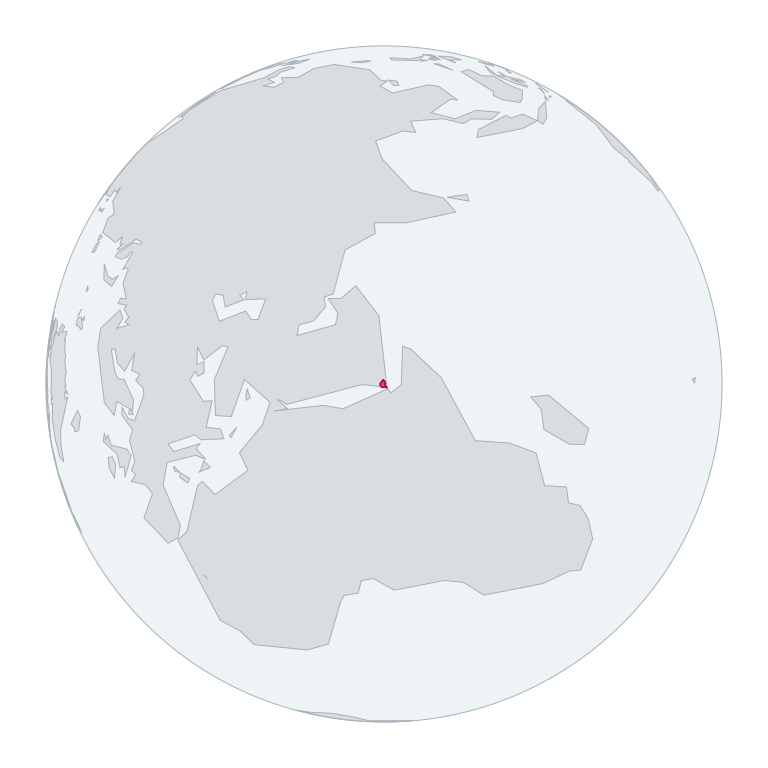 globe centered on Ta`izz, rotated 287°
{"feature_id": "YEM-158", "entity_name": "Ta`izz", "entity_type": "Governorate", "adm_level": 1, "iso_a3": "YEM", "parent_name": "Yemen", "parent_adm1": "", "projection": "orthographic", "projection_center": [43.878, 13.272], "detail": "fine", "context": "on_globe", "style": "filled", "palette": "rose", "viewbox_px": 768, "rotation_deg": 287, "n_neighbors": 0, "source": "natural_earth", "source_scale": "10m", "svg_char_len": 10252}
<svg xmlns="http://www.w3.org/2000/svg" viewBox="0 0 768 768"><g transform="rotate(287 384 384)"><circle cx="384" cy="384" r="338" fill="#eef3f6" stroke="#a8b0b8"/><path d="M293.5,58.4L294.2,58.2L283.4,61.4L279.4,62.7L293.5,58.4ZM242.0,77.3L234.0,81.2L224.3,86.2L242.0,77.3ZM223.3,86.8L218.4,89.4L225.4,86.1L203.7,98.6L184.8,112.6L179.5,116.4L174.2,119.2L176.9,117.0L199.5,100.9L223.3,86.8ZM160.2,130.8L160.8,130.3L155.6,135.0L155.4,135.2L160.2,130.8ZM46.3,394.9L48.4,408.8L53.7,429.9L56.4,450.0L57.6,468.1L70.8,510.9L62.6,488.5L56.1,465.6L51.1,442.2L47.9,418.6L46.3,394.9ZM326.0,51.1L324.9,51.3L323.7,51.5L326.0,51.1ZM319.2,52.3L320.2,52.2L322.6,51.8L316.9,53.0L314.8,53.2L319.2,52.3ZM297.7,58.3L300.8,57.1L306.0,55.9L297.7,58.3ZM324.0,51.6L326.0,51.2L328.3,50.8L328.7,50.9L324.0,51.6ZM356.4,47.2L356.1,47.3L345.4,48.3L349.7,47.9L341.1,48.8L345.0,48.3L356.4,47.2ZM336.4,50.0L322.6,52.3L315.7,54.3L310.9,55.2L322.9,51.9L336.4,50.0ZM339.9,49.1L336.6,49.8L332.3,50.3L331.9,50.2L339.9,49.1ZM364.6,46.6L359.4,47.1L362.5,46.8L364.6,46.6ZM335.2,50.4L338.5,49.9L335.2,50.5L335.2,50.4ZM352.9,47.8L354.0,47.6L356.4,47.4L352.9,47.8ZM344.3,49.4L339.9,50.0L339.4,49.7L344.3,49.4ZM348.9,48.6L352.0,48.4L341.9,49.3L349.0,48.4L348.9,48.6ZM355.0,47.7L356.8,47.5L354.2,47.9L355.0,47.7ZM348.5,50.4L335.9,51.6L334.9,50.9L347.3,49.7L348.5,50.4ZM529.7,79.1L528.3,78.5L532.9,80.7L543.6,86.3L545.6,87.3L556.0,96.2L579.1,114.5L580.6,112.5L589.2,117.8L616.8,142.1L642.2,180.3L653.8,191.8L659.6,200.3L660.5,206.5L652.2,194.1L646.5,190.7L641.7,183.5L640.4,190.9L633.4,180.9L635.9,192.5L643.2,199.9L646.8,196.3L652.0,212.0L665.3,224.9L675.0,242.9L680.3,278.7L673.4,292.3L674.7,298.6L667.7,293.2L664.8,307.1L683.0,339.0L684.7,349.2L677.0,371.7L675.7,364.2L657.2,349.7L658.4,374.7L672.6,392.0L677.6,414.9L668.7,409.8L663.0,389.8L656.4,384.1L654.9,362.5L643.1,332.6L633.9,340.8L631.5,328.1L613.9,305.0L598.8,316.2L577.1,353.9L579.3,386.6L569.5,402.4L544.7,358.2L535.4,327.6L525.3,331.6L500.8,307.5L455.2,309.1L449.7,301.3L440.9,305.5L423.7,298.2L415.7,285.5L404.9,286.7L426.5,320.3L438.2,319.3L449.4,305.6L453.1,317.9L469.8,328.2L447.8,359.2L381.7,387.7L377.1,363.3L336.1,296.9L338.3,289.6L338.2,288.7L337.8,287.2L332.2,299.1L325.8,286.2L345.8,332.2L348.3,352.1L380.8,389.2L377.3,393.0L388.3,400.7L425.6,390.8L425.4,398.9L406.7,437.0L356.5,487.9L364.3,521.5L362.5,549.6L333.8,567.4L338.8,588.5L324.3,595.3L325.1,606.9L314.9,618.6L296.9,628.8L263.6,626.5L259.5,616.2L239.7,594.4L211.3,541.2L217.5,518.1L213.7,499.0L189.8,453.9L194.9,430.5L189.0,419.7L176.6,420.5L170.1,407.5L162.8,406.2L119.0,406.8L107.2,388.2L96.8,336.2L105.8,318.6L110.1,296.5L174.5,232.4L185.1,238.6L232.4,235.4L237.7,238.7L228.8,254.8L261.6,279.1L276.1,265.9L309.1,279.6L333.2,280.3L347.6,249.3L308.2,247.4L304.6,232.0L338.8,220.5L373.7,223.9L373.5,218.2L354.2,204.6L365.0,194.9L347.8,199.3L352.7,205.3L342.1,208.7L336.9,203.6L341.0,200.0L331.2,197.0L314.6,216.3L317.7,224.5L290.5,226.6L293.2,240.9L284.8,246.9L277.2,225.4L280.1,217.9L263.5,195.0L257.9,202.8L273.2,225.4L267.2,223.3L259.9,235.7L260.7,224.6L245.5,199.5L222.8,202.3L189.0,230.8L176.7,231.9L168.7,224.2L186.0,193.5L211.4,194.7L217.9,185.4L217.0,170.9L224.8,173.1L227.5,167.8L237.5,168.2L255.8,157.1L266.6,156.9L277.9,142.2L285.0,140.5L276.3,149.4L276.0,156.2L303.4,157.6L309.8,154.8L314.9,145.5L321.8,147.8L323.3,138.7L341.0,136.6L320.6,132.2L326.1,122.8L338.9,116.6L337.1,113.2L316.1,123.5L311.0,128.6L312.5,134.0L295.5,149.2L285.3,151.2L289.2,133.6L275.1,135.1L284.3,122.1L335.3,99.6L354.5,96.8L377.6,109.9L370.8,115.0L359.1,112.3L366.2,122.7L367.4,118.0L373.1,120.4L379.8,113.4L384.2,114.8L383.1,106.2L389.2,107.2L389.8,112.7L404.8,104.8L418.6,106.0L419.9,103.7L417.4,100.8L436.6,105.2L436.7,103.3L430.4,101.1L426.6,96.2L427.3,89.7L433.9,91.6L434.5,94.1L445.8,103.0L446.5,110.5L449.2,110.7L450.2,104.7L436.5,93.7L435.0,89.4L442.6,93.9L439.7,91.9L441.1,90.4L448.6,90.9L440.8,85.9L446.6,70.8L461.8,71.5L467.8,76.3L478.9,71.2L495.1,74.6L489.3,72.2L490.7,69.6L485.7,68.3L483.0,67.1L484.3,62.5L489.7,63.7L483.7,61.1L480.7,60.2L476.4,59.0L473.7,58.2L502.1,67.4L529.7,79.1ZM149.0,266.7L146.4,273.1L149.0,266.7ZM408.8,244.6L430.9,246.0L424.1,226.7L432.1,226.0L426.8,220.1L423.5,225.4L411.2,209.5L421.9,204.3L420.8,196.4L413.3,195.7L395.8,208.2L413.3,230.3L406.8,238.1L408.8,244.6ZM162.2,130.8L153.8,138.4L159.1,133.2L156.1,135.4L163.5,128.0L177.3,118.0L169.7,123.5L162.2,130.8ZM171.4,121.3L171.0,121.7L171.3,121.4L171.4,121.3ZM232.9,141.8L234.9,145.3L229.0,150.8L215.3,153.7L223.7,145.5L232.9,141.8ZM239.1,149.2L246.8,132.4L255.6,130.8L249.4,134.3L254.4,134.9L245.7,141.0L246.6,157.0L241.4,163.2L219.0,163.6L229.2,159.7L226.6,156.1L239.1,149.2ZM251.0,101.2L254.4,96.3L269.0,98.7L264.1,103.2L250.2,105.6L247.8,102.0L251.0,101.2ZM270.7,65.8L271.1,65.5L273.7,64.7L275.5,64.2L270.7,65.8ZM260.8,69.4L259.9,69.8L267.3,67.2L271.7,65.7L287.7,60.3L299.2,56.9L303.1,55.9L309.9,54.3L313.2,53.8L311.5,54.3L305.9,55.4L307.7,55.4L298.4,57.5L298.7,57.8L271.8,66.8L270.8,66.7L256.2,73.3L248.0,75.9L257.8,71.3L240.5,78.9L246.1,75.8L234.6,81.3L257.2,70.8L258.6,70.2L260.8,69.4ZM345.3,61.9L339.5,60.7L341.5,65.5L332.2,65.7L333.0,66.3L325.0,68.2L316.6,71.7L312.9,71.4L311.2,73.0L305.8,74.6L302.3,76.8L294.4,77.5L289.4,80.5L288.5,79.2L282.1,84.3L283.3,80.9L276.4,83.4L278.9,85.3L244.5,88.4L229.2,93.8L215.7,100.7L219.6,95.3L234.6,86.0L254.2,76.7L268.4,72.9L267.6,71.7L274.1,69.7L272.1,71.5L279.2,67.7L284.0,66.7L301.5,61.4L308.7,57.7L315.3,56.1L314.9,57.1L321.7,54.9L325.4,55.9L330.2,55.0L338.6,55.6L335.0,58.9L340.6,57.7L347.3,58.8L345.3,61.9ZM350.6,50.6L348.4,53.3L342.3,55.1L330.2,53.4L325.4,54.1L317.4,54.1L326.5,51.8L328.0,51.9L331.5,51.5L327.2,52.4L333.3,51.4L335.4,51.8L340.7,51.3L338.6,52.1L350.6,50.6ZM245.9,233.1L250.4,234.2L257.9,234.1L253.4,242.4L245.9,233.1ZM235.0,216.0L239.4,215.3L236.7,226.0L232.1,225.2L235.0,216.0ZM244.1,206.4L239.8,214.5L239.4,209.7L244.1,206.4ZM280.6,148.6L285.5,147.9L285.2,150.1L281.4,153.3L280.6,148.6ZM349.3,79.6L347.0,77.7L349.0,77.0L350.6,72.1L357.6,72.0L359.4,74.9L349.3,79.6ZM339.6,254.4L331.4,260.1L328.3,257.0L331.8,255.6L339.6,254.4ZM289.3,251.2L299.8,255.9L288.0,253.4L289.3,251.2ZM357.2,78.7L357.0,76.5L360.7,77.9L357.2,78.7ZM362.8,71.8L367.5,72.9L358.6,71.5L362.8,71.8ZM478.6,677.3L481.2,679.8L475.8,680.6L478.6,677.3ZM421.5,544.7L401.2,592.9L384.9,593.3L380.6,579.4L387.2,550.3L405.8,541.8L414.6,528.2L421.5,544.7ZM706.0,458.3L708.2,458.3L707.8,459.9L706.0,458.3ZM704.0,454.5L707.0,453.3L702.9,458.2L704.0,454.5ZM708.1,452.9L711.1,448.2L712.4,444.9L711.8,448.3L708.1,452.9ZM701.6,455.8L685.9,461.7L678.8,460.0L681.3,453.8L692.8,451.3L701.6,455.8ZM680.6,453.8L668.7,441.7L646.9,400.8L654.9,399.8L676.5,422.2L675.3,427.4L682.6,437.7L680.6,453.8ZM706.5,415.6L705.1,430.6L697.2,432.7L693.1,431.9L690.4,414.3L692.0,404.3L695.6,403.3L705.2,366.5L709.4,372.6L707.4,387.5L710.5,398.7L706.5,415.6ZM581.0,389.5L589.6,407.8L583.8,411.8L581.0,389.5ZM706.1,342.5L704.2,358.2L704.9,338.0L706.1,342.5ZM704.6,324.2L706.3,331.0L703.5,325.1L704.6,324.2ZM677.5,308.0L673.9,310.9L672.3,306.2L676.0,299.7L677.5,308.0ZM682.4,258.5L687.9,272.3L689.2,277.3L684.9,269.5L682.4,258.5ZM417.1,81.4L407.0,87.7L404.5,93.6L410.3,98.4L397.8,94.9L401.7,85.7L417.1,81.4ZM442.3,71.6L437.1,68.3L442.1,68.7L444.0,69.5L442.3,71.6ZM437.2,70.3L425.7,68.6L424.5,66.2L433.9,68.0L437.2,70.3ZM391.3,71.9L387.8,73.5L384.9,72.2L391.3,71.9ZM662.6,575.3L650.1,590.3L648.5,589.6L655.8,579.7L668.1,553.2L669.3,553.1L677.2,534.4L694.0,511.2L708.2,475.6L709.6,474.5L711.9,465.7L705.2,488.9L696.9,511.6L687.0,533.6L675.5,554.9L662.6,575.3ZM711.1,456.3L715.1,442.8L716.1,440.8L711.1,456.3ZM721.0,408.4L721.3,402.7L721.6,398.2L721.0,408.4ZM721.7,396.7L721.3,393.9L721.9,388.8L721.7,396.7ZM719.0,411.2L718.7,415.2L718.2,412.9L719.0,411.2ZM719.8,408.1L720.7,410.2L719.5,411.5L719.8,408.1ZM712.3,401.0L713.2,409.5L716.2,401.7L713.9,411.5L714.9,425.2L713.8,431.4L713.0,416.4L711.1,433.6L709.7,434.2L709.8,420.3L711.8,402.0L713.2,393.9L718.0,387.5L712.3,401.0ZM720.2,397.0L719.7,386.9L719.9,379.6L720.5,384.5L720.2,397.0ZM716.6,363.4L713.4,352.9L712.0,358.8L713.4,339.5L716.5,352.7L716.6,363.4ZM711.5,338.4L710.4,343.8L710.6,332.9L711.5,338.4ZM709.2,340.1L707.4,332.0L709.2,332.1L709.2,340.1ZM712.5,338.2L710.1,324.0L712.4,331.7L712.5,338.2ZM702.6,314.2L709.0,325.5L703.4,322.5L696.0,296.4L697.9,294.6L702.6,314.2ZM668.3,207.3L663.9,200.9L663.6,198.5L666.8,203.5L668.3,207.3ZM658.6,187.7L662.1,195.9L664.2,203.9L666.8,206.3L673.1,218.2L665.6,208.5L659.3,194.7L658.9,190.9L652.5,181.6L648.3,174.6L639.3,164.0L635.4,159.0L643.4,167.8L658.6,187.7ZM635.4,159.6L618.3,141.6L620.7,142.9L625.0,147.2L631.8,154.6L630.2,153.4L635.4,159.6ZM614.9,137.9L613.0,136.8L584.1,114.0L578.6,109.8L601.9,126.3L601.4,126.5L608.1,132.3L614.9,137.9ZM480.2,66.5L477.0,65.0L480.2,65.3L480.2,66.5ZM469.9,61.2L468.5,61.8L467.2,60.4L469.9,61.2ZM465.9,63.8L466.6,61.7L469.8,64.9L465.9,63.8Z" fill="#d9dde1" stroke="#a8b0b8" stroke-width="1"/><path d="M382.0,387.4L381.9,387.5L381.6,387.5L381.6,387.4L381.7,386.9L381.7,386.7L381.6,386.3L381.4,386.2L381.3,385.9L381.2,385.9L381.2,385.7L380.9,385.2L380.8,384.8L380.7,384.8L380.4,384.3L380.3,383.9L380.3,383.7L380.4,382.5L380.5,382.3L380.6,382.2L380.6,381.7L381.0,381.3L381.4,381.2L381.5,381.2L382.1,380.4L382.3,380.4L382.9,380.2L383.0,380.5L383.4,380.5L383.5,380.5L383.8,380.5L384.0,380.4L384.1,380.5L384.4,380.6L384.5,380.6L384.4,380.8L384.5,380.9L385.2,381.1L385.4,381.1L385.6,381.2L386.0,381.3L386.3,381.4L386.5,381.5L386.7,381.4L386.9,381.3L387.0,381.2L387.1,381.3L387.1,381.6L387.1,381.8L387.3,381.9L387.5,381.9L387.7,382.0L387.8,382.2L387.7,382.3L387.5,382.5L387.4,382.5L387.2,382.6L387.3,382.6L387.2,382.7L386.9,382.8L386.9,383.0L387.0,383.1L387.3,383.2L387.3,383.3L387.2,383.4L386.9,383.4L386.7,383.4L386.7,383.5L386.8,383.7L386.7,383.9L386.8,384.0L386.7,384.1L386.3,384.3L386.1,384.3L385.8,384.3L385.7,384.4L385.6,384.5L385.4,384.7L385.4,384.8L385.3,385.0L385.2,385.1L384.9,384.9L384.8,385.2L384.8,385.3L384.7,385.3L384.6,385.2L384.4,385.1L384.2,385.0L384.0,384.9L383.9,384.9L383.8,385.0L383.7,385.0L383.4,385.2L383.2,385.2L383.1,385.3L383.2,385.5L383.0,386.0L382.6,386.3L382.2,387.0L382.0,387.4ZM381.4,387.5L381.5,387.6L381.5,387.8L381.4,387.8L381.3,387.7L381.2,387.7L381.3,387.5L381.4,387.5Z" fill="#f43f5e" stroke="#9f1239" stroke-width="1.5"/></g></svg>